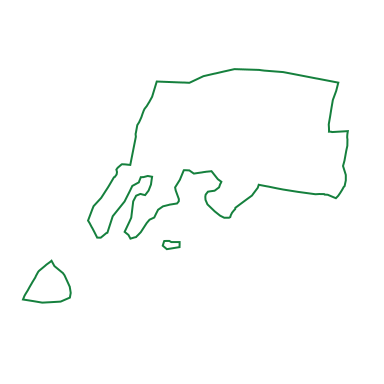 the district of Al Qanawis, Al Hudaydah, Yemen, rotated 9°
{"feature_id": "15242507B48405542462206", "entity_name": "Al Qanawis", "entity_type": "district", "adm_level": 2, "iso_a3": "YEM", "parent_name": "Yemen", "parent_adm1": "Al Hudaydah", "projection": "orthographic", "projection_center": [43.073, 15.421], "detail": "fine", "context": "isolated", "style": "outline", "palette": "green", "viewbox_px": 384, "rotation_deg": 9, "n_neighbors": 0, "source": "geoboundaries", "source_scale": "gbopen_adm2", "svg_char_len": 3819}
<svg xmlns="http://www.w3.org/2000/svg" viewBox="0 0 384 384"><g transform="rotate(9 192 192)"><path d="M319.4,61.1L298.1,60.4L297.0,60.4L273.1,59.6L263.3,59.3L244.3,60.8L241.3,60.9L239.5,60.9L238.5,61.0L214.7,64.0L205.9,67.5L205.1,67.8L197.0,71.1L195.6,71.6L185.2,75.8L173.6,83.7L172.4,84.5L172.0,84.6L170.0,84.8L169.2,84.9L167.3,85.1L164.4,85.5L139.9,88.4L138.2,100.7L137.7,104.3L137.6,104.5L135.6,110.1L135.3,110.7L133.8,114.4L133.2,115.4L132.1,117.4L131.5,119.5L131.4,120.1L130.9,122.5L130.7,123.7L130.3,126.1L129.7,128.3L129.6,128.7L128.8,131.5L127.5,134.5L127.4,138.7L127.3,142.4L127.2,143.5L127.9,146.2L127.2,164.4L126.8,174.9L123.7,175.1L123.4,175.1L121.6,175.2L118.9,175.5L118.2,175.7L114.8,179.7L114.3,180.7L113.8,181.7L114.8,184.0L114.8,184.7L114.8,186.5L113.8,188.4L113.6,188.9L113.5,189.1L113.2,189.3L112.6,189.7L108.9,199.1L108.1,201.0L106.4,204.8L104.7,208.7L103.7,210.9L103.3,211.9L97.0,221.4L96.2,224.9L93.8,236.5L95.7,238.7L98.3,242.2L98.8,242.8L99.0,243.0L101.6,246.5L105.5,251.9L106.1,251.8L106.8,251.7L109.0,251.4L110.9,249.3L113.9,245.9L114.5,245.7L114.8,245.5L117.5,228.3L126.9,211.9L128.0,208.4L130.4,201.0L130.7,200.0L132.1,195.3L132.8,194.8L136.8,191.7L138.0,190.8L138.2,189.5L138.7,187.3L138.8,186.9L139.0,186.0L139.1,185.4L141.7,184.9L145.8,183.1L150.2,183.2L150.2,183.3L150.2,184.6L150.2,185.9L150.3,191.1L148.9,197.4L148.8,197.6L146.2,202.4L143.2,202.2L142.8,202.1L141.3,202.0L137.4,204.4L135.4,210.4L136.0,226.6L136.0,226.9L135.0,230.6L131.7,241.9L133.6,243.0L135.9,244.3L138.5,247.7L142.2,245.9L143.0,245.6L143.9,245.2L144.2,244.6L145.4,243.0L147.7,239.7L152.1,229.8L153.0,228.3L154.4,226.0L158.7,223.1L159.9,219.1L161.3,214.8L162.5,213.7L163.2,213.0L165.6,210.7L170.8,208.5L171.9,208.0L172.3,207.8L172.8,207.7L178.3,205.9L179.0,205.7L180.0,204.0L180.4,203.2L180.1,201.0L179.7,200.3L176.2,194.0L175.6,192.9L174.6,190.1L176.6,185.4L178.2,181.6L178.2,181.4L179.3,176.8L180.5,171.8L180.6,171.7L184.0,171.3L186.0,171.1L190.9,173.5L191.7,173.3L192.6,173.0L195.5,172.1L198.1,171.3L198.8,171.1L199.3,170.9L201.1,170.3L202.2,170.0L202.7,169.8L203.5,169.6L206.2,168.9L208.0,168.4L210.2,170.4L210.5,170.7L215.5,175.3L219.4,177.3L219.2,178.2L218.6,179.9L218.0,183.2L217.0,184.2L215.1,186.2L214.1,187.2L212.1,187.8L209.5,188.6L207.7,189.2L206.2,191.9L205.9,192.5L205.9,194.7L206.6,197.7L209.2,201.8L217.5,207.6L223.5,211.0L227.9,212.4L232.6,211.6L233.7,210.8L233.8,210.0L233.9,209.1L234.0,208.7L234.8,206.2L235.9,204.3L236.3,203.6L236.6,203.2L237.2,202.3L237.3,202.2L237.3,200.8L238.5,199.6L241.9,196.1L246.6,191.3L251.8,186.1L252.8,184.1L256.3,177.5L256.8,174.4L258.7,174.5L265.2,174.7L266.5,174.7L275.2,175.1L281.6,175.3L296.6,175.3L314.3,174.9L317.9,174.1L322.9,173.4L323.3,173.8L326.5,173.5L332.9,175.1L335.1,175.6L337.0,172.9L338.5,169.8L339.6,167.2L340.1,166.0L341.0,163.4L341.8,162.3L342.1,156.5L341.4,152.0L341.2,151.0L337.1,142.7L337.4,139.9L337.7,137.1L337.8,132.4L337.9,127.2L338.2,122.1L337.4,116.4L337.4,116.1L336.7,113.7L336.5,111.8L336.4,110.5L336.4,109.2L336.4,107.5L330.5,108.8L320.9,110.9L319.9,110.7L317.9,111.0L317.9,110.9L317.3,107.5L316.5,103.9L316.5,102.2L316.6,95.7L316.6,88.1L316.7,81.1L316.7,79.4L316.8,78.6L317.2,76.7L318.6,69.6L319.4,61.1ZM41.9,324.6L43.4,324.6L49.6,324.6L52.3,324.6L61.4,324.7L70.3,322.8L79.4,320.8L83.5,318.2L87.9,315.4L88.0,310.7L87.7,309.7L86.5,306.0L86.3,305.5L86.1,304.7L85.8,304.3L83.7,301.1L79.1,294.2L77.0,292.1L76.7,292.0L67.7,286.7L64.0,281.9L62.9,283.2L61.7,284.4L60.2,285.9L59.4,286.7L59.2,287.0L58.1,288.3L56.6,290.0L53.6,293.4L53.2,293.9L52.7,294.7L52.5,295.1L51.0,299.3L50.6,300.9L48.6,305.7L48.1,307.0L46.3,311.7L45.2,314.8L43.6,318.6L42.8,320.7L41.9,324.6ZM187.6,243.4L179.4,244.7L177.3,243.9L172.3,244.7L172.2,244.8L171.5,249.6L176.1,252.4L188.3,248.4L187.9,245.3L187.6,243.4Z" fill="none" stroke="#15803d" stroke-width="2"/></g></svg>